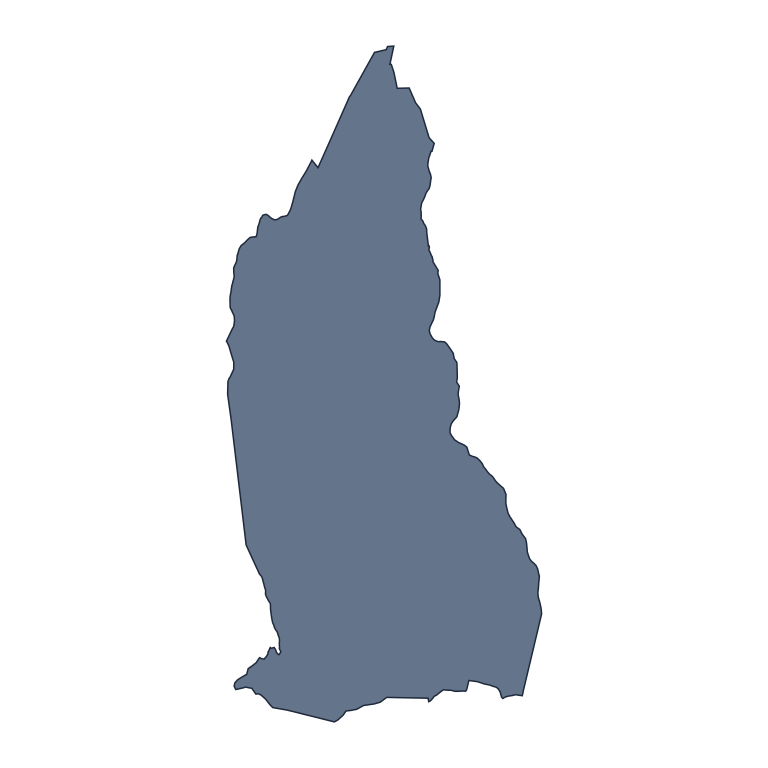 outline of San Juan Mixtepec -Dto. 26 -, Oaxaca, Mexico
{"feature_id": "50627088B88987154065702", "entity_name": "San Juan Mixtepec -Dto. 26 -", "entity_type": "district", "adm_level": 2, "iso_a3": "MEX", "parent_name": "Mexico", "parent_adm1": "Oaxaca", "projection": "equal_earth", "projection_center": [-96.314, 16.258], "detail": "fine", "context": "isolated", "style": "filled", "palette": "slate", "viewbox_px": 768, "rotation_deg": 0, "n_neighbors": 0, "source": "geoboundaries", "source_scale": "gbopen_adm2", "svg_char_len": 4549}
<svg xmlns="http://www.w3.org/2000/svg" viewBox="0 0 768 768"><path d="M541.6,614.0L541.3,610.1L540.9,607.2L540.2,604.3L539.7,602.0L538.7,598.8L538.1,596.2L537.9,592.5L538.4,588.2L538.6,585.4L538.7,583.3L539.4,576.2L538.6,573.3L537.7,569.1L536.1,565.6L533.9,563.3L531.6,561.4L529.5,558.6L528.1,554.4L527.3,551.9L527.0,547.6L526.5,542.9L525.6,538.7L522.2,534.2L519.9,529.6L516.1,526.8L514.0,522.9L509.7,516.4L508.0,513.0L506.6,507.2L505.8,502.8L506.0,494.4L503.5,488.3L500.6,485.9L497.6,483.1L495.5,480.9L493.7,478.1L492.1,476.1L489.5,474.1L487.4,471.7L485.6,469.1L483.8,467.1L482.3,463.7L480.1,460.9L477.2,458.1L475.8,457.4L473.9,456.7L472.5,456.4L470.8,455.6L469.5,455.1L468.8,453.5L466.9,447.2L464.3,445.1L458.4,442.4L454.7,439.9L451.6,435.7L450.0,432.6L450.2,427.7L451.3,423.8L453.0,421.2L456.9,416.7L458.9,409.4L459.5,403.7L459.2,399.9L458.1,394.5L458.5,390.5L459.0,388.1L459.3,386.2L456.6,382.0L457.3,378.1L457.2,371.6L456.9,362.6L454.2,358.6L453.2,353.2L450.0,348.5L446.8,343.9L444.6,341.9L440.5,341.5L438.5,341.7L435.5,340.7L433.6,339.4L432.1,337.5L430.0,333.7L429.3,330.5L430.0,327.0L432.0,322.7L433.3,320.0L433.9,318.2L434.3,316.2L435.1,312.0L438.8,302.2L439.9,295.4L439.9,279.9L438.5,275.6L437.8,273.4L438.2,270.4L432.9,261.6L433.0,260.5L432.2,256.9L431.3,255.3L430.0,252.1L429.4,250.9L429.2,250.5L428.8,249.7L429.4,247.8L429.0,245.7L428.9,245.7L428.4,245.9L426.8,233.1L426.6,228.9L425.5,226.0L423.6,223.1L422.9,221.1L421.0,218.8L421.2,216.8L421.2,214.7L421.1,211.6L420.6,209.8L420.9,207.6L421.7,202.9L423.6,199.3L424.8,196.7L426.0,193.2L427.6,190.6L429.1,188.7L430.1,185.2L430.8,179.8L431.2,177.8L430.5,174.3L429.2,171.0L427.8,166.2L427.9,163.4L428.8,157.7L429.7,155.5L431.1,151.2L432.0,151.3L434.2,143.4L429.1,137.7L420.4,109.1L415.6,102.8L409.2,88.0L397.2,88.3L393.9,72.3L391.3,64.4L389.9,64.4L393.8,46.1L387.6,46.5L386.1,49.7L374.5,52.4L350.6,95.3L349.5,96.7L331.6,137.2L318.0,167.7L311.9,160.1L310.9,162.3L306.2,171.2L301.5,178.8L298.0,185.0L295.3,191.7L293.0,201.1L291.0,208.1L290.9,208.4L290.1,210.4L287.6,215.1L287.2,215.5L285.0,216.1L283.7,216.5L282.3,216.5L280.2,217.4L278.6,218.7L277.1,219.4L275.6,219.8L274.1,219.7L273.0,219.1L271.7,218.5L269.7,216.9L268.3,215.5L266.1,214.3L264.0,214.8L263.1,215.2L262.6,215.4L262.0,216.9L260.7,218.3L260.0,220.0L259.2,223.3L257.9,226.8L257.5,229.4L257.2,232.6L256.8,234.6L256.6,235.2L256.0,236.8L255.3,236.8L253.3,236.9L250.2,237.4L247.9,239.4L244.6,242.8L241.1,245.6L239.2,248.8L238.1,252.7L237.2,255.4L236.7,260.7L236.1,262.6L235.2,264.4L234.5,265.8L234.3,266.6L233.7,267.7L233.7,270.0L233.8,271.9L233.8,272.9L234.0,274.7L234.1,275.6L234.2,276.5L233.4,280.1L232.9,281.5L232.5,283.6L231.9,285.4L231.4,288.5L231.0,291.8L230.3,295.3L230.0,297.9L230.0,300.7L230.1,305.3L230.2,307.3L230.6,308.6L231.7,310.4L232.4,312.3L233.5,314.4L234.2,316.3L234.4,318.8L234.5,320.8L234.4,321.7L233.9,325.3L233.4,327.2L232.6,328.2L226.4,341.2L226.8,341.6L227.8,343.8L228.8,345.7L230.1,350.1L231.5,354.9L233.8,362.3L233.7,369.2L230.0,377.3L229.3,378.0L227.9,381.6L227.9,384.2L227.6,394.2L231.1,419.2L238.3,479.4L246.1,544.7L246.1,544.9L255.4,565.2L257.2,569.0L259.5,574.1L261.2,576.0L262.2,577.8L262.9,580.6L263.8,583.9L264.6,587.2L265.6,590.2L265.5,594.2L266.2,596.3L268.4,600.5L270.3,603.5L270.5,605.9L270.5,609.1L271.3,615.3L271.7,618.0L272.6,622.6L273.9,625.5L274.5,627.7L275.6,629.7L277.1,631.8L278.5,636.0L279.3,638.0L279.5,640.6L279.3,643.9L279.5,647.1L279.4,648.9L280.9,651.8L279.3,654.4L278.6,654.7L276.5,652.5L275.8,650.1L274.2,647.5L271.0,648.3L270.3,647.5L269.8,648.2L268.9,650.8L268.1,651.8L267.9,653.9L266.5,656.3L264.1,659.1L261.4,658.6L259.7,657.6L258.7,658.8L256.2,662.7L252.2,665.8L248.2,668.6L246.7,674.3L242.5,676.7L237.7,679.7L234.9,682.8L234.1,686.1L235.7,689.5L237.9,689.1L239.3,688.7L243.1,687.9L245.7,687.1L248.8,687.8L251.8,688.3L253.4,690.5L254.7,692.5L255.9,694.1L258.5,693.8L261.1,695.1L263.4,697.2L265.6,699.1L270.1,704.9L272.8,707.6L287.2,710.1L334.4,721.9L337.8,720.0L343.2,715.1L346.0,711.0L350.5,710.5L356.7,709.3L363.5,705.5L374.4,703.9L380.2,702.2L386.7,697.4L428.1,698.2L428.7,701.7L430.0,701.1L431.3,699.9L432.6,698.5L434.3,696.2L436.3,695.3L439.4,692.8L441.8,690.9L443.8,689.7L445.2,690.0L447.8,690.2L451.1,690.3L454.9,691.3L458.7,691.3L462.7,691.0L465.6,691.2L466.6,689.9L468.0,684.2L468.9,680.5L477.5,681.7L484.5,684.0L489.9,685.1L493.3,686.4L496.3,687.2L498.3,689.0L500.2,692.1L501.0,695.1L501.6,697.2L502.9,698.5L504.9,697.2L507.9,696.2L512.5,695.5L515.7,694.7L518.7,695.2L522.3,695.7L523.5,690.0L541.6,614.0Z" fill="#64748b" stroke="#1e293b" stroke-width="1.5"/></svg>